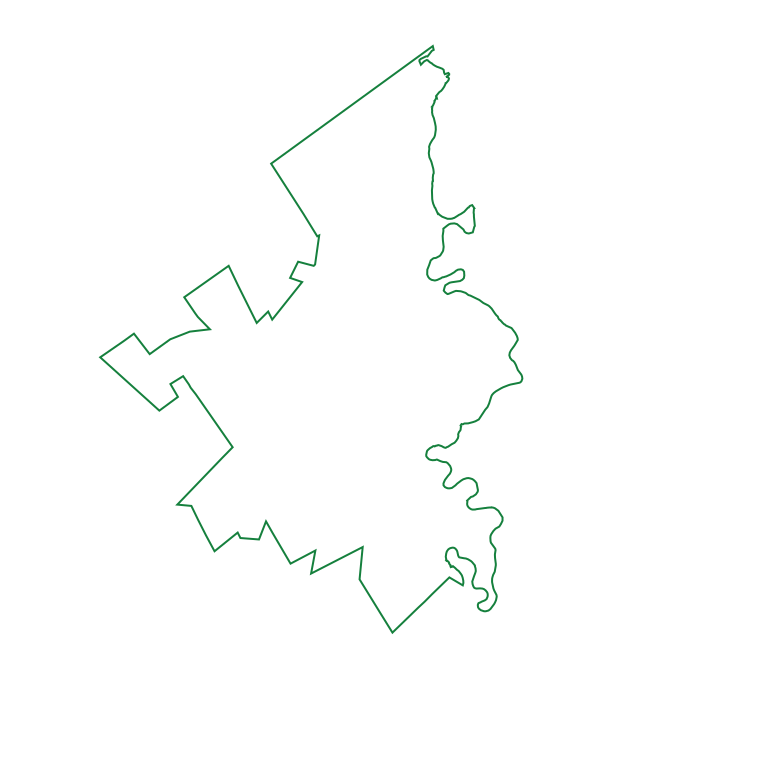 outline of Marqués de Comillas, Chiapas, Mexico, rotated 144°
{"feature_id": "50627088B45409409089099", "entity_name": "Marqués de Comillas", "entity_type": "district", "adm_level": 2, "iso_a3": "MEX", "parent_name": "Mexico", "parent_adm1": "Chiapas", "projection": "albers", "projection_center": [-90.792, 16.274], "detail": "fine", "context": "isolated", "style": "outline", "palette": "green", "viewbox_px": 768, "rotation_deg": 144, "n_neighbors": 0, "source": "geoboundaries", "source_scale": "gbopen_adm2", "svg_char_len": 6166}
<svg xmlns="http://www.w3.org/2000/svg" viewBox="0 0 768 768"><g transform="rotate(144 384 384)"><path d="M145.9,628.7L345.8,628.6L349.2,568.8L351.2,542.7L349.1,542.3L369.5,521.2L371.4,520.9L381.6,533.4L397.6,525.0L390.3,514.6L436.6,501.8L435.1,510.7L451.1,508.2L444.2,549.3L440.2,570.9L494.6,571.6L495.2,552.2L495.2,547.7L492.7,530.6L510.3,540.5L530.6,545.8L556.0,545.9L556.7,571.7L568.5,571.7L597.9,572.4L581.4,494.5L558.3,494.7L556.8,509.5L541.9,508.4L542.1,498.3L542.6,494.7L542.3,486.3L543.6,421.8L558.4,419.3L622.1,407.9L611.5,398.6L614.2,383.6L617.0,366.1L619.4,348.3L589.7,349.8L590.7,343.8L576.5,331.7L560.2,342.2L561.7,329.0L565.2,293.6L537.4,289.6L554.4,273.5L497.1,264.6L518.6,240.3L521.6,201.0L523.3,177.9L487.4,183.0L479.1,184.0L468.7,185.7L444.8,189.1L438.6,174.8L436.7,176.4L435.4,178.4L434.2,181.1L433.5,183.4L433.4,185.2L433.5,188.7L434.2,190.9L434.6,193.5L435.2,195.6L435.3,196.1L435.8,196.3L436.7,196.1L437.1,196.5L436.7,196.9L436.9,197.5L437.4,197.3L437.2,198.0L436.7,198.5L436.9,199.9L436.8,200.6L436.5,200.8L436.3,201.8L436.6,203.1L437.0,203.6L436.7,203.7L437.0,204.6L437.3,205.1L436.7,205.5L435.6,207.9L433.3,210.3L431.6,211.6L429.3,212.4L427.8,212.4L426.8,212.2L425.3,211.6L424.4,211.1L423.5,210.1L423.0,208.8L422.9,206.5L423.3,205.1L424.8,201.7L425.1,200.3L425.0,199.5L421.7,196.0L420.3,194.7L419.0,192.7L417.7,189.6L417.4,188.2L417.1,183.8L417.4,183.6L418.3,181.0L419.7,178.7L421.2,177.5L424.1,175.6L428.7,172.3L430.0,169.9L430.6,167.9L430.8,166.3L430.4,165.3L429.5,164.2L426.4,162.2L424.6,160.6L423.7,159.3L423.1,157.3L423.0,154.9L423.3,153.7L423.9,152.6L424.5,151.8L425.3,151.0L427.5,149.7L429.7,149.7L433.3,150.6L434.2,150.6L435.9,151.1L436.6,151.1L438.0,150.1L439.1,148.2L439.3,146.6L438.6,144.1L436.6,141.3L435.2,140.3L432.6,139.3L430.1,139.4L424.3,141.2L422.6,142.0L420.4,143.3L417.8,145.7L417.0,147.2L416.2,152.3L415.6,154.4L413.2,159.8L412.6,160.8L411.0,162.9L409.9,163.9L407.9,165.4L404.8,167.0L400.2,171.5L399.3,172.7L396.4,178.0L395.1,180.0L394.4,181.0L391.4,184.0L390.8,185.4L390.8,192.7L390.2,194.2L388.4,197.0L387.1,198.5L385.4,199.5L381.9,200.8L378.8,201.4L374.5,200.9L371.7,202.0L368.5,203.7L366.5,206.4L366.0,214.2L367.3,218.3L368.1,219.5L369.4,220.9L369.5,220.8L371.8,222.4L373.7,223.5L374.5,223.8L375.2,224.3L382.8,228.4L384.1,228.9L386.1,230.3L387.0,231.3L387.7,232.9L388.1,234.5L388.0,236.3L387.7,237.3L387.1,238.3L385.6,239.9L385.4,240.8L380.0,241.5L378.2,240.8L374.5,240.7L371.5,241.8L370.4,242.9L367.4,249.4L367.5,251.7L367.9,253.8L368.5,255.3L369.8,257.0L371.0,258.3L372.5,259.2L375.8,260.3L378.1,260.5L383.4,260.4L385.8,260.0L390.2,260.0L392.2,261.0L393.5,261.9L394.4,263.1L395.3,264.8L395.4,267.0L394.3,268.6L392.9,269.5L391.0,270.6L386.1,272.1L383.4,272.7L381.4,273.8L380.1,274.9L379.4,276.2L378.7,278.8L379.0,282.6L379.6,284.1L382.2,286.4L383.8,288.6L385.6,291.8L387.3,292.4L389.5,293.8L391.2,295.6L391.9,296.9L392.3,299.5L392.2,300.8L391.4,302.0L388.7,304.4L387.5,304.8L384.5,305.1L382.1,304.8L380.7,304.8L379.7,304.1L379.6,303.7L378.0,303.5L377.6,303.1L376.3,302.8L375.8,302.5L373.9,299.9L372.9,297.7L372.2,296.7L371.6,296.1L370.3,296.0L368.9,295.6L364.7,295.5L361.4,295.0L358.9,295.6L356.1,296.7L354.4,298.2L353.6,299.7L351.7,301.0L349.5,301.6L348.8,302.1L347.3,303.8L346.7,304.1L346.5,305.4L344.8,306.0L344.1,305.1L342.2,304.8L339.1,302.7L334.5,300.9L331.9,300.1L328.1,299.6L317.2,303.7L313.8,304.5L310.5,306.4L304.3,311.0L302.9,311.7L300.6,312.2L297.8,312.3L291.8,311.7L289.4,311.3L284.1,309.9L282.0,309.2L273.9,305.5L272.8,305.2L271.3,305.4L269.0,306.9L267.9,308.9L267.4,310.9L267.5,316.6L266.1,321.9L265.7,324.9L265.9,326.8L266.5,328.1L266.6,331.0L265.7,333.6L263.7,335.5L261.2,336.7L255.9,338.4L249.9,341.0L249.0,342.5L248.3,344.7L247.8,348.3L247.9,353.6L248.0,354.4L251.0,359.6L251.2,360.9L251.7,361.8L252.2,364.5L252.1,365.2L252.4,366.4L252.3,367.0L252.8,368.2L252.9,369.0L252.8,370.0L252.3,371.7L252.7,373.5L252.8,375.8L252.6,381.7L253.1,385.0L253.6,386.5L256.0,391.1L257.5,396.0L262.2,404.8L263.4,406.3L264.4,409.7L266.7,413.0L267.5,414.0L271.0,417.0L272.5,417.5L278.9,419.0L279.8,419.5L280.6,421.9L280.8,424.4L278.3,426.5L276.4,427.8L271.5,427.4L269.6,426.6L262.0,422.6L259.4,422.3L257.2,422.7L255.3,424.5L253.2,427.8L253.2,430.0L254.4,431.6L256.9,433.0L259.1,433.3L261.4,433.1L265.8,433.5L270.6,434.5L270.9,434.7L273.1,435.4L274.1,436.0L275.9,436.1L279.8,436.9L282.0,437.8L284.3,440.3L285.2,442.6L285.3,444.6L284.7,447.2L281.8,451.0L277.7,453.6L273.6,456.5L270.7,456.7L269.6,456.5L268.6,455.8L267.5,455.4L263.9,454.9L262.8,455.0L258.5,456.7L257.6,457.3L255.1,459.9L251.9,465.6L249.5,469.3L246.0,472.9L244.7,474.8L239.6,475.0L237.6,475.0L235.8,474.5L232.7,472.6L230.9,470.4L228.9,462.3L229.3,459.8L228.6,457.7L226.9,455.9L223.0,454.5L218.7,458.0L217.6,458.5L212.9,466.5L211.5,468.5L210.8,469.9L208.0,473.2L207.6,473.1L207.5,476.9L209.6,477.5L210.3,477.5L211.7,477.0L212.4,477.3L217.9,476.2L222.1,476.4L224.2,476.8L225.5,476.8L229.7,477.1L230.4,477.5L231.1,477.5L232.7,478.3L235.5,480.3L238.6,485.1L239.8,488.7L239.8,489.8L240.4,489.9L239.0,496.5L239.2,496.9L238.2,501.0L237.4,503.0L236.4,505.1L231.4,512.5L228.4,515.8L227.3,517.7L225.6,519.5L225.1,519.4L223.3,522.2L221.2,524.5L219.9,525.3L218.9,526.8L217.7,529.0L215.2,535.5L214.7,537.4L214.1,540.6L212.1,544.4L209.1,547.6L208.1,549.4L205.7,551.1L203.8,552.0L201.5,553.0L198.6,553.9L197.5,554.6L196.5,555.3L192.7,559.2L190.8,562.0L189.4,565.0L187.4,569.8L186.6,573.2L185.9,574.5L185.6,575.3L184.0,577.3L183.9,577.7L183.2,578.7L182.9,578.8L182.0,579.8L182.2,580.1L180.7,580.5L179.1,581.4L177.7,582.2L177.2,582.6L177.0,583.2L176.7,583.1L175.6,583.8L174.6,584.1L174.0,584.7L173.4,584.8L173.2,584.3L172.7,585.4L173.0,585.5L172.7,586.3L167.8,587.6L165.4,587.6L163.4,588.1L160.6,589.1L157.9,590.6L157.3,591.2L156.8,590.9L153.4,591.8L152.0,592.8L151.7,594.1L152.6,595.4L153.4,595.8L149.5,595.9L149.0,596.5L149.1,597.8L152.7,598.9L152.4,600.5L151.1,603.1L151.5,604.7L153.2,607.4L154.8,609.7L156.0,612.2L156.7,614.2L156.8,615.2L157.6,616.8L158.3,619.5L158.3,620.2L159.0,621.0L161.8,621.4L166.5,620.6L165.6,624.4L164.9,625.2L163.2,625.4L157.2,624.3L156.3,623.4L149.5,625.4L147.4,625.1L145.9,628.7Z" fill="none" stroke="#15803d" stroke-width="2"/></g></svg>